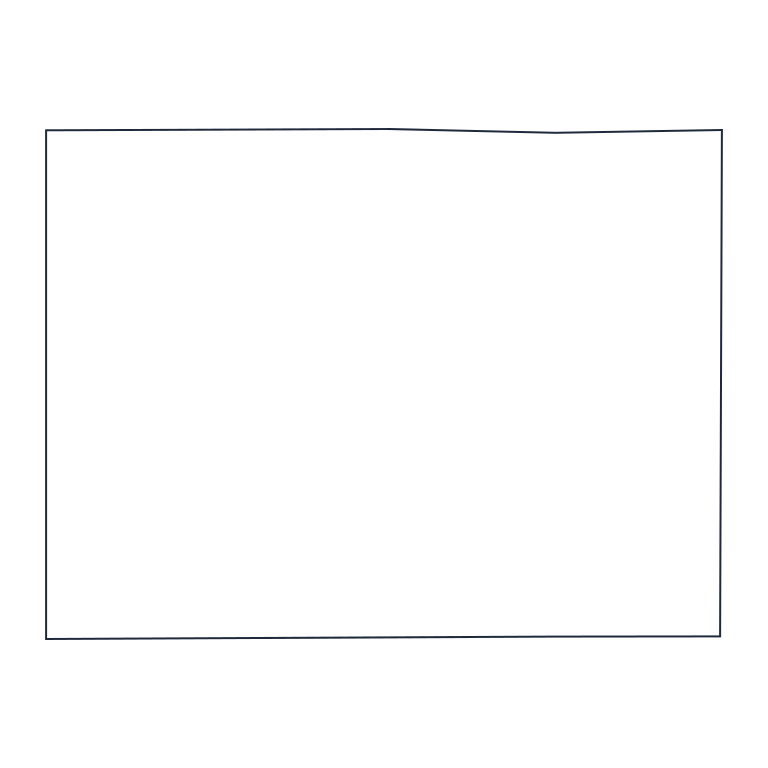 outline of Jefferson, Iowa, United States of America
{"feature_id": "52423323B65380617817851", "entity_name": "Jefferson", "entity_type": "district", "adm_level": 2, "iso_a3": "USA", "parent_name": "United States of America", "parent_adm1": "Iowa", "projection": "orthographic", "projection_center": [-91.948, 41.032], "detail": "fine", "context": "isolated", "style": "outline", "palette": "slate", "viewbox_px": 768, "rotation_deg": 0, "n_neighbors": 0, "source": "geoboundaries", "source_scale": "gbopen_adm2", "svg_char_len": 220}
<svg xmlns="http://www.w3.org/2000/svg" viewBox="0 0 768 768"><path d="M46.1,130.3L46.1,639.0L552.5,636.6L720.1,636.4L721.9,130.0L555.4,132.8L387.6,129.0L46.1,130.3Z" fill="none" stroke="#1e293b" stroke-width="2"/></svg>